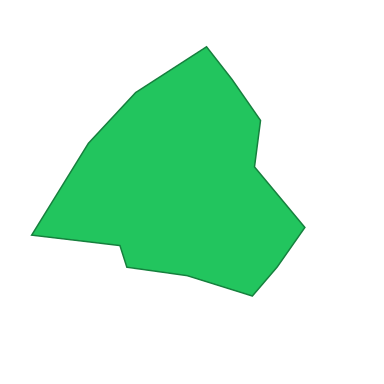 the Parish of Trinity Palmetto Point, rotated 125°
{"feature_id": "KNA-5112", "entity_name": "Trinity Palmetto Point", "entity_type": "Parish", "adm_level": 1, "iso_a3": "KNA", "parent_name": "Saint Kitts and Nevis", "parent_adm1": "", "projection": "orthographic", "projection_center": [-62.746, 17.311], "detail": "fine", "context": "isolated", "style": "filled", "palette": "green", "viewbox_px": 384, "rotation_deg": 125, "n_neighbors": 0, "source": "natural_earth", "source_scale": "10m", "svg_char_len": 333}
<svg xmlns="http://www.w3.org/2000/svg" viewBox="0 0 384 384"><g transform="rotate(125 192 192)"><path d="M319.3,298.6L211.5,304.8L142.8,295.2L64.7,263.4L76.8,223.9L94.1,176.9L135.6,155.2L156.3,79.2L204.6,79.2L242.6,82.9L263.3,148.0L291.0,202.2L277.2,220.3L319.3,298.6Z" fill="#22c55e" stroke="#15803d" stroke-width="1.5"/></g></svg>